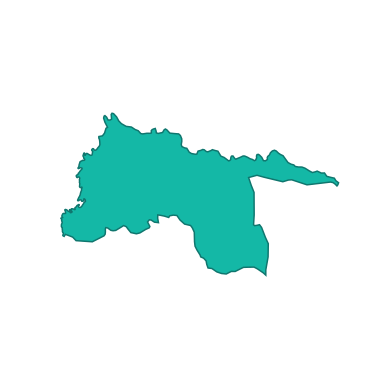 Tres Islas, Cerro Largo, Uruguay (Robinson projection), rotated 333°
{"feature_id": "84410073B15604045088045", "entity_name": "Tres Islas", "entity_type": "district", "adm_level": 2, "iso_a3": "URY", "parent_name": "Uruguay", "parent_adm1": "Cerro Largo", "projection": "robinson", "projection_center": [-54.84, -32.439], "detail": "fine", "context": "isolated", "style": "filled", "palette": "teal", "viewbox_px": 384, "rotation_deg": 333, "n_neighbors": 0, "source": "geoboundaries", "source_scale": "gbopen_adm2", "svg_char_len": 5866}
<svg xmlns="http://www.w3.org/2000/svg" viewBox="0 0 384 384"><g transform="rotate(333 192 192)"><path d="M170.3,253.8L172.3,256.2L173.3,259.8L172.3,263.2L171.8,267.0L175.0,269.2L177.8,274.4L181.3,278.0L185.3,280.6L190.9,280.6L194.4,282.4L203.6,282.5L207.5,284.3L213.2,287.1L215.4,290.2L218.9,296.6L220.0,299.6L222.4,294.9L230.3,284.4L236.5,272.7L236.8,265.7L237.9,255.2L237.3,251.8L234.8,251.2L232.5,250.4L232.0,249.1L237.0,240.6L247.1,220.5L247.8,212.9L249.0,204.8L257.5,206.6L263.0,211.6L277.6,224.1L283.3,225.1L286.4,226.4L297.7,237.8L319.9,246.0L322.0,247.7L323.1,249.9L323.9,252.4L325.2,251.8L326.8,250.3L325.3,247.2L325.1,244.3L321.4,241.2L319.2,239.2L318.7,235.2L315.9,233.9L313.0,230.2L311.0,230.0L308.1,229.3L306.2,226.6L303.5,222.1L301.3,219.7L298.1,218.0L295.6,216.1L295.0,214.1L292.8,212.1L290.9,209.3L289.6,201.0L287.9,198.8L286.7,196.7L285.7,193.7L284.4,192.2L282.2,191.9L279.8,192.6L277.7,194.2L275.6,194.7L274.6,195.6L274.0,197.2L271.6,197.6L269.9,196.5L269.9,192.8L268.9,189.7L268.1,188.5L266.9,188.2L265.8,189.2L265.1,190.9L263.1,192.5L261.8,192.4L260.6,190.4L258.9,188.8L257.2,186.2L255.3,183.9L253.9,183.1L250.7,183.0L245.9,182.6L245.4,181.8L245.1,180.3L244.9,178.6L243.9,178.0L243.2,178.1L242.5,178.7L241.7,179.7L241.2,180.7L239.7,181.1L238.7,180.8L237.5,178.2L236.3,175.8L234.0,173.1L233.8,170.1L233.6,167.4L231.4,165.5L229.3,163.5L228.2,163.7L224.3,163.4L223.0,162.3L222.1,160.0L220.9,159.0L218.6,158.9L216.0,158.3L213.5,160.4L212.0,159.8L209.0,157.5L207.6,155.3L207.2,150.7L205.4,149.3L203.6,146.9L204.0,144.8L205.8,142.4L207.0,140.0L207.3,136.4L206.5,134.2L202.9,132.0L199.0,129.5L197.8,125.2L196.9,123.8L195.5,123.9L192.8,125.6L188.5,124.5L187.1,123.2L187.7,121.2L188.1,118.7L186.5,118.4L184.9,118.3L183.6,118.8L182.6,120.9L181.3,120.7L178.5,119.2L174.5,117.9L172.9,116.7L171.9,113.0L169.7,110.5L167.5,106.6L163.1,103.6L160.1,99.0L159.0,95.4L158.9,90.8L157.7,86.6L156.5,85.5L155.2,86.2L153.4,90.6L151.7,90.7L149.9,89.7L149.9,86.6L149.1,84.4L148.1,84.5L146.8,86.0L146.1,90.3L146.1,96.0L144.3,96.2L140.8,99.8L137.7,101.3L134.2,100.3L133.8,100.9L133.4,102.0L133.4,102.7L133.3,103.5L132.6,105.4L131.5,107.9L130.3,109.0L128.1,109.9L126.6,110.7L125.8,110.9L125.4,110.9L124.8,110.9L124.4,110.7L124.0,110.2L123.9,109.7L123.9,108.9L123.7,108.6L123.2,108.3L122.8,108.4L122.2,108.6L121.8,108.9L121.7,109.2L121.6,109.6L121.9,110.9L120.7,112.3L120.3,113.1L119.9,113.4L119.6,113.6L119.1,113.6L118.7,113.5L118.2,113.2L117.1,111.7L116.8,111.3L116.6,110.8L116.1,110.1L115.8,109.9L115.5,109.8L115.2,109.8L114.8,110.0L113.7,110.8L113.4,110.7L113.1,110.5L113.0,110.2L113.0,109.9L113.2,109.6L113.3,109.2L113.8,108.9L113.9,108.7L113.8,108.4L113.5,108.3L113.3,108.3L113.0,108.5L112.8,108.8L112.5,109.0L111.3,110.3L111.2,110.8L111.3,111.4L111.2,111.9L111.0,112.4L110.9,112.7L111.2,113.9L111.2,114.3L111.1,114.5L110.8,114.7L110.4,114.8L110.1,114.8L109.6,114.5L109.1,114.2L108.4,114.1L107.9,114.3L107.2,114.1L105.9,114.3L103.6,116.7L102.8,118.0L101.5,118.7L101.3,119.0L101.2,119.2L101.3,119.4L101.6,119.7L102.3,119.7L103.3,119.6L103.6,119.7L104.7,120.6L104.8,120.9L104.8,121.1L104.5,121.5L104.1,121.7L102.7,122.1L100.0,123.5L99.8,123.7L99.7,123.7L99.2,123.7L99.0,123.9L98.8,124.3L98.5,124.5L97.5,124.7L97.0,124.6L96.6,124.7L96.4,124.8L96.0,125.6L96.0,126.6L96.2,127.0L96.4,127.1L97.1,127.0L97.8,127.1L98.1,127.3L98.3,127.8L98.3,128.3L98.2,128.8L97.4,129.7L96.6,131.5L96.1,132.2L95.8,133.6L94.2,136.2L94.2,136.4L94.3,137.1L94.5,137.4L95.3,137.6L96.0,137.6L96.1,137.8L96.0,138.1L95.8,138.4L94.9,139.2L94.4,140.3L93.5,141.0L92.2,142.3L91.1,143.7L89.9,144.7L88.5,145.6L86.5,147.2L86.3,147.5L86.3,147.9L86.5,148.1L87.2,148.3L87.8,148.1L88.1,148.0L88.5,148.1L89.1,148.4L89.6,148.9L89.6,150.2L89.9,150.4L90.4,150.6L90.7,150.7L91.1,150.6L91.5,150.5L91.7,150.4L92.4,149.1L92.6,149.1L92.9,149.2L93.1,149.6L93.3,150.2L93.3,150.7L92.8,152.0L92.5,152.1L92.0,152.1L91.4,152.4L90.9,152.5L90.5,152.7L89.7,153.4L88.5,153.9L87.8,154.4L87.3,154.7L86.8,154.9L86.1,155.0L85.4,155.0L84.9,154.8L84.5,154.6L84.3,154.2L84.2,153.8L84.3,153.2L84.5,153.0L84.8,152.8L85.3,152.6L85.6,152.5L85.7,152.3L85.7,152.0L85.5,151.8L85.2,151.7L84.4,151.8L83.6,151.8L83.3,151.9L82.9,152.1L82.2,152.6L81.9,152.7L81.3,152.7L80.8,152.8L80.5,153.0L80.1,153.7L80.0,154.3L79.9,154.5L79.7,154.5L79.5,154.4L79.3,154.3L79.0,153.7L78.4,153.1L77.4,152.4L77.1,152.3L76.7,152.5L76.5,152.9L76.4,153.1L76.1,153.2L75.9,153.2L75.6,153.0L75.5,152.8L75.4,152.3L74.9,152.2L74.7,152.5L74.6,153.1L74.6,153.3L74.9,153.4L76.1,154.7L76.2,155.0L76.1,155.3L75.3,155.5L74.8,155.5L74.5,155.4L74.3,155.2L74.2,154.9L74.2,154.2L73.7,153.7L73.0,153.0L72.7,152.0L72.5,151.5L72.2,151.0L71.5,150.2L71.2,150.1L70.9,150.1L70.6,150.2L70.4,150.7L70.4,151.0L70.5,151.4L70.5,151.6L70.2,152.1L69.9,153.2L69.8,153.5L69.6,153.6L69.3,153.6L69.0,153.5L68.5,153.2L67.9,152.8L67.6,152.7L67.3,152.7L67.0,152.8L66.5,153.1L66.1,153.4L65.4,154.0L65.1,154.4L65.0,155.0L65.0,155.3L65.1,155.7L65.2,155.9L65.1,156.1L64.9,156.1L63.7,155.8L63.4,155.8L63.2,156.1L63.5,157.4L62.8,158.4L62.7,159.7L62.6,160.1L61.7,161.1L61.2,161.4L60.8,161.9L60.0,163.3L60.0,163.6L59.9,164.0L60.1,164.6L60.2,165.0L59.8,165.6L59.5,166.1L59.4,166.8L59.1,167.4L58.8,167.9L58.6,168.5L58.5,169.2L58.7,170.3L58.5,170.7L57.7,171.5L57.4,171.7L57.2,172.0L57.2,172.4L57.4,172.8L57.9,173.5L60.0,172.3L61.9,174.3L65.2,178.0L66.6,182.7L80.6,191.1L93.7,191.1L95.4,190.2L96.7,188.3L98.0,185.6L99.0,184.6L100.5,185.7L102.3,189.3L104.1,190.7L106.6,191.6L115.9,190.9L117.7,193.1L118.2,196.3L119.1,200.4L123.5,204.0L127.0,204.8L133.7,204.3L137.7,204.5L138.8,203.6L138.8,198.5L141.4,197.4L142.9,198.5L144.8,201.8L148.2,204.1L149.5,199.8L151.1,196.9L153.0,198.2L156.4,200.9L159.7,204.1L161.3,203.1L164.8,204.1L167.9,206.1L168.6,211.5L170.8,217.2L175.5,221.2L176.0,224.0L175.8,228.8L171.7,237.4L170.1,241.7L170.1,246.0L170.6,251.8L170.3,253.8Z" fill="#14b8a6" stroke="#0f766e" stroke-width="1.5"/></g></svg>